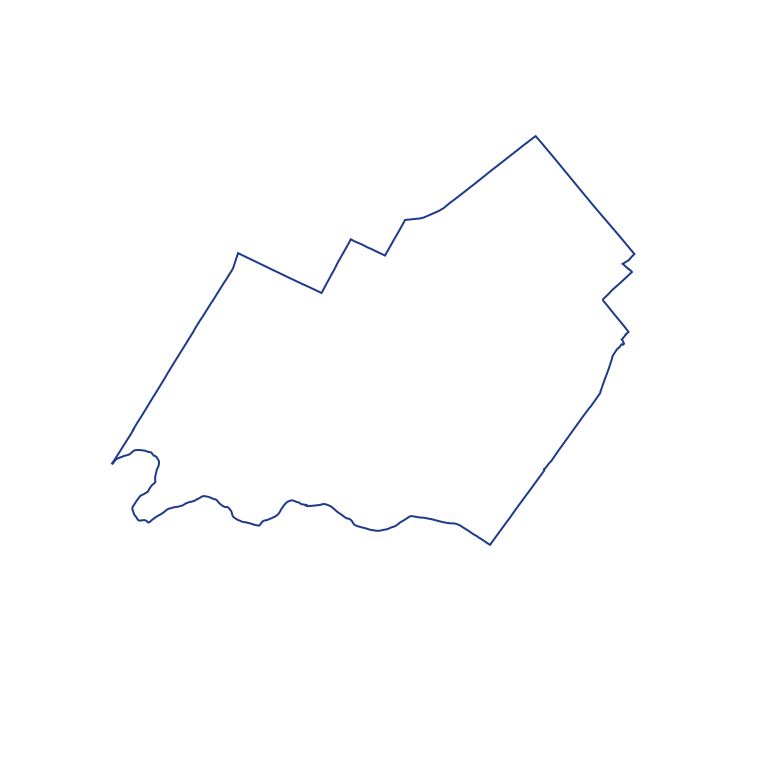 the district of Zambreasca, Teleorman, Romania, rotated 143°
{"feature_id": "2599482B90342036503162", "entity_name": "Zambreasca", "entity_type": "district", "adm_level": 2, "iso_a3": "ROU", "parent_name": "Romania", "parent_adm1": "Teleorman", "projection": "robinson", "projection_center": [25.027, 44.306], "detail": "fine", "context": "isolated", "style": "outline", "palette": "blue", "viewbox_px": 768, "rotation_deg": 143, "n_neighbors": 0, "source": "geoboundaries", "source_scale": "gbopen_adm2", "svg_char_len": 6154}
<svg xmlns="http://www.w3.org/2000/svg" viewBox="0 0 768 768"><g transform="rotate(143 384 384)"><path d="M417.6,568.1L421.8,576.3L424.7,574.3L425.9,573.6L427.8,572.2L430.4,570.4L432.0,569.3L434.4,567.6L435.7,566.9L437.9,566.0L439.5,565.4L441.0,564.8L442.0,564.5L443.3,564.0L446.2,562.8L448.1,562.1L450.2,561.4L460.2,557.6L469.8,553.9L472.8,552.9L487.9,547.1L493.1,545.3L498.5,543.2L503.0,541.4L503.8,540.9L507.4,539.5L521.3,534.1L541.8,526.2L549.6,523.1L556.0,520.4L571.2,514.4L572.9,513.8L576.5,512.4L591.1,506.6L597.6,504.0L604.4,501.5L611.8,498.5L611.6,498.3L617.9,495.7L623.1,493.8L641.9,486.7L647.9,484.5L648.6,484.4L648.9,484.4L648.9,483.8L648.6,483.8L648.0,483.8L646.2,484.4L643.7,485.0L643.1,485.1L642.4,485.0L638.8,484.1L637.3,483.6L635.7,483.2L634.3,482.8L631.2,481.4L629.8,481.1L627.7,481.0L624.6,481.3L623.8,481.2L622.9,481.0L622.1,480.6L620.8,479.7L619.5,478.9L617.9,477.3L615.4,475.1L614.4,473.5L612.7,471.1L611.5,470.0L611.2,469.5L611.0,469.2L611.0,468.7L611.1,468.0L611.0,465.3L610.2,464.6L610.0,464.0L609.7,462.9L609.7,461.7L609.8,460.4L610.1,458.5L610.2,457.9L610.7,457.1L611.6,455.9L612.5,455.0L613.3,454.3L614.1,453.8L616.4,452.6L617.4,452.0L619.2,450.4L622.7,447.5L623.3,446.8L624.1,445.6L624.8,444.5L625.2,443.9L625.7,443.4L626.4,443.2L626.9,443.0L627.6,442.9L629.7,442.9L630.4,442.8L631.9,442.4L634.7,441.4L635.4,441.0L636.2,440.6L636.7,440.4L637.4,440.2L639.5,440.3L641.2,440.5L642.6,440.7L644.8,441.2L645.6,441.3L646.3,441.2L652.0,439.6L653.5,439.0L656.1,438.0L657.5,437.5L658.7,437.1L659.2,436.8L659.6,436.4L660.2,435.6L660.6,434.7L662.1,429.6L662.1,428.6L662.0,426.4L662.2,424.6L662.2,423.6L662.1,423.0L661.7,422.3L661.3,421.8L660.9,421.5L660.1,421.3L659.6,420.9L658.3,420.2L657.2,419.4L656.7,418.8L656.3,418.2L656.0,417.2L655.8,416.0L655.7,415.4L655.5,415.1L655.2,415.0L653.7,414.8L650.5,415.1L644.7,414.9L641.4,414.4L637.9,414.1L636.2,414.1L633.8,414.3L632.7,414.3L632.1,414.2L631.3,414.0L630.4,413.7L627.6,412.5L626.3,412.1L625.2,411.6L622.7,410.1L621.7,409.7L620.1,409.1L618.3,408.3L617.8,408.2L615.2,408.0L614.6,408.0L613.1,407.6L610.4,406.8L610.0,406.6L609.3,406.1L607.8,405.6L606.3,405.0L604.7,404.7L602.5,404.5L601.2,404.1L600.2,404.0L598.4,403.8L596.9,403.6L596.0,403.3L595.4,403.0L592.7,400.2L591.7,398.9L590.9,397.6L590.2,396.2L588.9,394.3L587.9,393.1L587.7,392.5L587.5,391.8L587.4,389.3L587.3,388.2L586.9,386.2L586.3,384.1L585.5,382.2L585.0,381.4L583.6,380.4L583.0,379.6L582.7,379.0L582.6,378.2L582.5,375.0L582.6,374.2L582.9,373.2L584.3,369.6L584.3,368.7L583.6,366.1L582.5,363.4L581.2,361.3L580.1,359.2L578.7,357.7L577.5,356.7L577.0,356.1L576.3,354.9L575.3,353.9L574.6,352.8L573.5,351.7L572.9,350.3L571.5,348.7L569.7,346.7L569.1,346.2L568.5,346.0L568.1,346.0L566.4,346.7L564.3,347.2L563.2,347.3L562.1,347.1L561.0,346.6L559.2,345.7L554.9,344.6L551.4,343.8L549.2,343.6L547.9,343.6L546.4,343.8L544.1,344.6L541.2,345.9L539.5,346.5L536.8,347.4L534.0,347.9L532.6,348.0L531.3,347.9L530.1,347.6L528.8,347.1L527.7,346.5L527.0,346.0L526.6,345.5L526.0,344.5L525.6,343.8L525.2,343.1L524.4,341.8L523.1,340.4L522.7,338.7L522.3,337.9L521.4,336.8L520.3,335.7L519.6,334.9L518.9,334.2L519.6,334.0L518.8,332.8L518.4,332.3L517.7,331.8L516.7,331.3L515.4,330.3L513.6,329.3L511.3,327.9L509.9,327.2L509.2,326.7L508.0,325.9L506.0,325.3L504.7,324.6L503.6,323.7L502.7,322.7L500.5,319.1L499.9,317.8L499.0,313.9L498.4,310.9L498.0,309.2L496.5,305.0L495.7,302.0L495.1,300.2L494.6,299.1L493.5,297.9L492.8,297.1L492.5,296.4L492.2,295.1L492.1,293.8L492.2,292.6L492.4,290.9L492.3,289.3L491.8,288.1L491.1,286.9L488.3,283.2L486.1,280.6L483.6,277.1L482.4,275.5L480.3,273.4L478.2,271.2L477.4,270.5L475.6,269.4L474.2,268.7L472.3,267.9L469.5,266.4L468.7,266.1L466.9,265.6L465.6,265.4L463.4,264.7L462.9,264.4L462.2,264.2L460.9,263.9L459.7,263.7L456.5,263.6L455.5,263.7L453.8,263.7L450.3,263.2L446.1,262.9L444.1,262.8L443.4,262.7L442.2,262.4L441.5,261.9L439.6,260.0L438.4,258.6L435.5,255.6L433.5,254.0L431.4,251.9L429.9,250.1L427.9,248.0L426.3,246.1L425.4,244.9L420.3,238.5L417.2,235.1L415.3,233.2L413.6,231.8L412.9,231.3L411.5,230.0L410.8,229.1L410.2,228.4L408.7,225.9L408.2,224.7L406.8,220.9L404.7,215.5L403.3,210.9L401.3,206.4L400.6,203.9L400.4,203.4L399.9,202.5L399.5,201.4L398.3,197.7L396.2,191.7L383.2,195.7L367.2,200.5L365.0,201.1L357.9,203.4L351.6,205.4L331.0,211.5L308.1,218.5L307.8,218.7L307.7,219.1L307.7,219.6L306.9,219.8L306.3,219.6L305.8,219.7L301.7,220.8L300.4,221.2L296.9,221.8L287.8,224.8L285.9,225.5L283.3,226.3L280.6,227.1L245.7,238.0L235.4,241.0L234.4,241.3L232.5,241.6L217.0,246.6L216.6,246.8L215.8,247.6L208.2,252.7L203.8,255.6L201.0,257.3L195.1,261.1L187.5,266.4L185.5,268.1L184.0,269.0L182.2,269.7L179.2,270.7L177.8,271.3L176.9,271.5L176.4,271.6L175.0,271.7L173.9,271.7L173.0,271.9L172.6,272.0L171.2,272.6L170.9,272.7L170.5,272.7L170.2,272.6L169.7,272.3L169.5,272.1L169.4,271.8L169.4,271.5L168.4,271.6L168.2,271.7L168.0,272.0L167.8,272.5L167.6,274.2L167.4,274.8L167.1,275.7L167.1,276.0L167.3,276.4L161.0,277.9L161.0,278.2L157.4,278.4L157.4,284.3L157.6,289.4L157.9,295.7L158.3,305.8L158.4,311.2L158.6,315.7L158.8,318.4L158.6,319.1L158.1,319.8L157.8,319.9L152.6,320.5L149.2,321.0L144.6,321.8L136.1,322.4L118.6,324.2L118.5,324.5L119.3,328.5L119.5,328.5L121.1,336.3L114.0,335.6L112.0,336.0L110.7,336.4L105.8,337.1L106.5,351.5L107.0,361.5L108.9,391.8L109.4,400.7L110.3,420.4L110.8,432.1L111.4,446.0L112.0,460.5L113.2,483.6L113.7,490.7L117.2,490.8L121.3,490.7L128.2,490.7L157.8,490.1L166.9,490.0L171.7,489.9L188.0,489.4L198.0,489.2L203.1,489.1L217.1,488.9L221.1,489.0L226.5,488.8L230.7,488.6L236.0,489.2L252.4,493.1L256.2,494.9L268.6,502.4L270.0,501.6L277.4,498.3L280.6,496.9L288.9,493.4L297.6,489.6L305.9,486.0L308.5,491.1L309.0,491.9L312.2,498.1L313.0,499.7L314.9,503.0L315.9,505.0L316.9,507.3L319.8,512.5L320.8,514.2L321.9,516.1L322.6,517.8L323.5,519.6L325.6,518.5L329.4,516.8L330.4,516.3L331.3,516.0L335.3,514.2L336.5,513.7L341.0,511.8L343.1,510.8L345.2,509.9L348.3,508.6L349.5,508.0L352.2,506.6L354.7,505.4L357.6,504.1L360.6,502.8L366.6,500.0L370.1,498.5L372.2,497.4L373.7,496.8L375.5,495.9L379.1,494.3L387.4,510.1L390.1,515.0L397.8,529.7L411.5,556.3L414.1,561.4L417.6,568.1Z" fill="none" stroke="#1e3a8a" stroke-width="2"/></g></svg>